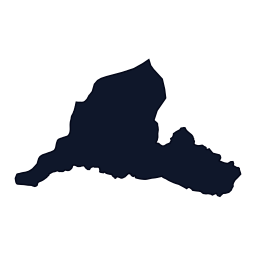 the district of Pak Xeng, Louangphrabang, Laos
{"feature_id": "54806243B94581920301315", "entity_name": "Pak Xeng", "entity_type": "district", "adm_level": 2, "iso_a3": "LAO", "parent_name": "Laos", "parent_adm1": "Louangphrabang", "projection": "albers", "projection_center": [102.685, 20.214], "detail": "fine", "context": "isolated", "style": "filled", "palette": "ink", "viewbox_px": 256, "rotation_deg": 0, "n_neighbors": 0, "source": "geoboundaries", "source_scale": "gbopen_adm2", "svg_char_len": 5011}
<svg xmlns="http://www.w3.org/2000/svg" viewBox="0 0 256 256"><path d="M76.3,102.2L75.7,105.0L75.6,105.8L75.3,106.7L75.1,107.7L74.7,109.2L74.2,111.0L73.8,111.7L73.3,113.3L72.8,114.2L72.2,115.3L71.9,115.8L71.5,117.0L71.3,118.7L70.9,120.4L70.5,122.0L70.4,123.2L70.3,124.9L70.4,128.6L70.4,129.5L70.3,130.7L70.2,131.3L70.2,131.6L69.9,132.9L69.4,134.0L68.9,134.9L68.2,135.7L67.5,136.3L65.9,136.8L64.7,137.2L63.3,137.6L62.1,138.1L60.7,138.5L58.8,139.3L58.1,139.9L57.6,140.5L56.7,143.1L56.4,144.5L56.1,146.1L55.8,147.7L55.2,149.1L54.6,150.1L53.8,150.8L52.3,151.5L50.8,152.2L48.8,152.8L45.6,154.0L44.3,154.4L42.6,155.0L41.6,155.6L40.4,156.4L39.8,157.0L38.8,158.6L38.0,161.2L37.3,163.8L35.2,166.2L33.7,167.8L32.8,168.8L31.7,169.6L30.0,170.7L28.5,171.5L25.5,172.4L23.5,172.7L21.5,173.1L19.4,173.7L18.0,173.9L17.0,174.3L15.7,177.5L15.4,178.3L15.8,181.1L16.2,182.6L16.8,183.6L17.7,184.0L19.3,184.1L21.6,184.3L23.7,184.4L25.9,184.7L27.9,185.0L29.9,185.1L31.5,185.2L31.8,185.3L32.6,185.7L33.4,185.9L33.9,186.1L34.5,186.3L34.9,186.3L35.3,186.2L36.3,185.8L37.1,185.1L37.4,183.6L38.0,182.3L39.4,181.5L41.2,180.8L42.9,179.9L44.1,179.1L45.5,178.0L46.6,177.3L47.2,176.3L48.2,175.6L48.9,174.7L49.0,173.9L53.0,171.7L53.7,171.7L55.1,171.4L56.4,170.9L57.8,170.6L59.2,171.4L60.5,171.3L62.3,171.4L63.1,171.3L65.1,169.9L67.6,170.4L68.9,170.3L69.9,169.8L71.3,168.5L71.9,167.7L72.4,165.9L73.2,165.0L75.0,165.1L75.8,165.4L77.5,166.3L78.7,166.4L80.4,166.3L81.7,165.8L84.1,165.6L84.8,166.4L85.7,167.7L86.4,168.4L87.8,169.4L89.5,169.4L90.0,168.3L91.1,167.2L92.3,166.8L93.3,166.4L94.5,167.0L96.1,167.0L97.2,167.0L98.6,167.0L99.6,168.1L99.9,169.6L100.0,171.1L99.8,171.7L100.4,172.1L101.9,172.4L103.5,172.6L104.3,171.7L106.3,173.2L108.0,173.7L109.8,174.1L111.7,174.3L112.7,175.9L114.0,177.0L115.1,177.3L115.1,178.1L115.6,178.1L115.8,177.6L116.1,177.4L116.3,177.1L116.4,176.9L116.6,176.7L116.8,176.6L117.1,176.6L117.4,176.7L117.8,176.8L118.1,176.9L118.4,176.9L118.8,176.9L119.3,177.2L119.5,177.2L119.5,177.3L119.9,177.4L120.4,177.7L120.9,177.9L121.2,177.9L121.7,178.0L121.9,178.0L122.0,177.9L122.3,177.7L122.5,177.7L122.8,177.7L123.0,177.6L123.5,177.3L123.9,177.1L124.0,177.0L124.3,176.9L124.5,176.9L124.8,176.7L125.0,176.6L125.0,176.4L125.3,176.2L125.6,176.0L125.7,175.9L125.9,175.7L126.0,175.6L126.4,175.4L126.5,175.3L126.5,175.2L126.4,175.1L126.5,175.0L126.6,174.9L126.9,174.6L127.1,174.5L127.1,174.4L127.3,174.1L127.5,173.9L127.8,174.0L127.9,173.9L128.1,173.7L128.4,173.5L128.6,173.4L128.8,173.3L129.2,173.3L129.3,173.2L129.5,173.3L129.8,173.6L130.0,173.6L130.1,173.9L130.2,174.0L130.4,174.0L130.5,174.0L130.8,174.1L131.0,174.1L131.1,174.3L131.3,174.4L131.2,174.6L131.3,174.8L131.3,175.1L131.5,175.3L131.9,175.4L131.9,175.5L132.0,175.5L132.3,175.8L132.5,176.0L132.9,176.2L133.1,176.3L133.3,176.3L133.3,176.2L133.5,176.0L133.8,176.1L133.9,175.9L134.0,176.0L134.2,175.9L134.2,175.7L134.3,175.7L134.5,175.5L134.8,175.5L135.0,175.7L135.2,175.9L135.3,176.1L135.5,176.3L135.6,176.5L135.8,176.7L135.9,177.0L135.6,177.5L136.0,177.8L139.4,178.6L141.3,178.9L143.2,179.1L145.3,179.2L147.1,179.0L148.9,178.6L150.3,178.3L151.7,178.0L155.2,177.6L156.3,177.4L157.4,177.2L160.0,176.6L160.6,176.5L161.5,176.3L162.1,176.1L162.2,176.3L162.9,177.1L164.2,177.8L166.1,178.6L167.7,179.6L169.1,180.4L170.6,181.1L173.7,182.5L175.9,183.3L177.2,183.7L178.9,184.2L184.5,187.2L186.7,188.5L187.8,187.4L189.6,187.4L190.6,188.1L191.8,189.0L192.7,190.2L196.1,190.7L198.9,191.0L200.8,191.4L203.2,193.3L206.0,193.7L208.2,193.5L210.9,194.0L212.4,194.9L214.9,193.7L216.5,193.4L217.6,195.4L219.9,196.3L221.2,194.9L223.0,193.3L225.6,193.1L228.8,192.2L231.1,190.1L232.0,188.0L233.0,186.4L232.9,184.0L233.8,181.9L235.1,179.8L237.4,177.6L240.6,174.1L240.2,172.5L239.3,169.9L239.2,168.4L238.3,167.7L236.8,167.7L233.1,165.6L233.5,163.5L232.9,161.7L230.7,161.8L229.5,162.6L227.9,163.5L226.2,163.4L224.0,162.9L221.7,162.0L219.4,161.0L219.2,160.1L220.2,158.9L220.6,157.8L220.2,156.0L219.4,155.0L216.2,154.2L212.7,153.3L209.1,148.9L207.9,149.5L206.7,149.5L206.1,149.3L205.9,147.6L205.0,147.0L204.0,146.6L202.5,145.4L201.5,145.4L200.1,145.7L198.5,145.8L197.6,145.8L196.8,145.5L195.7,145.3L194.5,144.6L193.9,144.0L194.1,142.3L194.3,141.2L193.5,139.9L193.5,138.5L193.0,137.8L192.7,136.5L191.5,134.9L188.8,132.7L187.0,131.1L186.1,130.1L185.5,129.0L185.0,127.9L183.9,127.7L182.7,128.0L181.1,128.2L179.8,130.0L178.2,130.8L176.0,132.0L174.7,133.0L173.6,133.7L173.5,135.2L172.6,137.4L170.8,138.6L171.4,141.0L170.7,141.7L169.9,143.2L166.8,144.4L164.3,146.0L162.3,146.1L160.4,145.1L158.6,143.5L156.3,143.2L155.9,142.5L156.3,141.6L157.1,140.1L157.7,137.2L157.6,133.5L158.1,129.9L157.9,127.3L157.5,125.6L157.4,123.8L156.6,122.7L155.3,121.7L153.8,120.3L157.0,110.5L164.6,99.5L165.6,98.0L164.5,89.1L162.2,79.1L158.8,75.4L153.4,69.5L150.6,65.6L148.8,59.7L142.6,63.9L133.7,68.8L122.1,72.6L106.3,76.8L101.2,78.5L97.6,80.6L94.5,84.2L92.4,91.5L89.7,95.0L89.2,95.4L87.2,99.2L85.3,101.2L83.9,102.1L83.2,102.3L81.8,102.5L80.5,102.4L77.8,102.4L76.3,102.2Z" fill="#0f172a" stroke="#020617" stroke-width="1.5"/></svg>